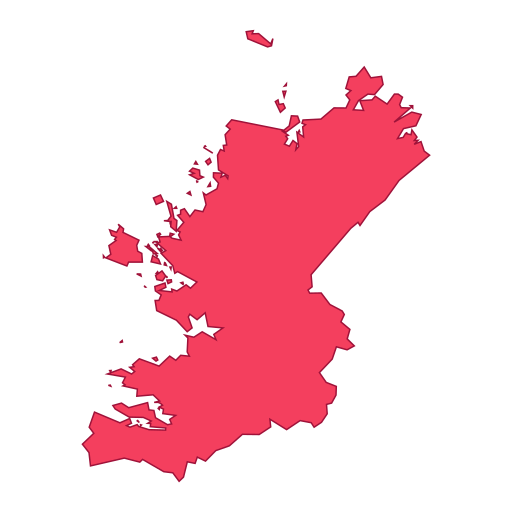 Glenties Lea-6, Donegal, Ireland (orthographic projection)
{"feature_id": "5873133B25090004397750", "entity_name": "Glenties Lea-6", "entity_type": "district", "adm_level": 2, "iso_a3": "IRL", "parent_name": "Ireland", "parent_adm1": "Donegal", "projection": "orthographic", "projection_center": [-8.325, 54.982], "detail": "fine", "context": "isolated", "style": "filled", "palette": "rose", "viewbox_px": 512, "rotation_deg": 0, "n_neighbors": 0, "source": "geoboundaries", "source_scale": "gbopen_adm2", "svg_char_len": 6114}
<svg xmlns="http://www.w3.org/2000/svg" viewBox="0 0 512 512"><path d="M421.0,141.6L414.2,144.3L418.1,140.3L414.3,140.5L417.0,137.1L411.9,129.9L411.0,134.7L405.5,133.5L403.2,137.4L397.5,138.6L403.5,128.6L415.9,125.8L421.2,114.5L411.8,112.1L394.1,122.1L410.4,108.0L401.2,107.7L399.6,104.6L402.5,97.2L398.2,94.1L394.4,94.1L387.1,104.1L375.3,96.2L372.0,99.9L359.8,100.7L363.6,110.4L353.3,109.8L358.5,100.6L367.9,94.1L374.5,94.6L383.1,84.5L381.5,76.4L370.8,77.8L364.2,67.0L356.0,76.3L349.2,76.9L345.8,88.5L350.9,90.6L346.0,95.0L349.8,99.9L346.0,108.0L334.0,107.9L320.9,119.1L303.0,120.0L302.0,123.3L305.5,124.7L302.7,126.8L303.6,137.0L296.9,132.2L298.7,146.6L295.8,149.8L297.0,143.6L293.0,140.5L289.4,146.2L284.4,144.1L287.7,138.7L285.8,136.2L288.3,135.3L281.5,130.6L286.1,132.1L299.7,122.0L297.6,116.1L291.4,115.8L289.2,125.9L283.9,130.2L231.7,119.8L226.2,126.0L230.2,129.1L225.1,134.7L226.7,145.0L223.3,145.4L224.2,151.0L220.5,149.5L217.5,155.2L218.5,169.9L228.1,175.8L227.7,178.6L225.3,175.3L220.9,177.2L222.2,173.2L213.5,172.8L213.4,177.2L218.5,183.1L217.0,188.8L206.0,195.0L203.3,192.9L206.1,204.6L202.9,211.7L195.0,210.0L189.9,216.6L184.4,208.7L180.6,210.2L180.6,214.2L177.6,215.3L183.8,222.3L176.9,230.5L180.1,231.9L178.6,234.9L181.1,240.2L172.0,238.2L170.2,236.8L173.8,234.2L170.2,233.2L169.6,236.4L158.5,236.9L160.1,241.9L157.0,242.9L165.8,250.6L161.1,253.3L172.8,265.7L174.8,273.3L177.6,271.6L196.9,282.0L190.5,288.2L186.1,284.8L176.9,291.0L171.7,289.1L172.1,291.9L159.3,290.5L165.9,287.3L165.0,283.0L154.8,286.5L155.4,290.9L161.2,294.9L158.9,300.4L155.1,300.5L156.7,310.6L176.4,320.2L187.2,331.7L192.1,327.9L188.3,316.9L189.8,314.2L197.1,319.7L205.2,312.8L208.0,326.5L223.0,327.9L213.8,334.4L216.0,339.7L202.2,331.8L193.9,337.2L185.1,335.2L187.9,338.0L187.2,351.9L189.4,356.2L180.7,355.3L175.8,360.3L169.7,356.1L159.1,366.1L139.3,358.8L132.6,364.7L134.1,366.7L129.7,367.3L134.7,371.5L131.6,374.0L121.1,368.9L107.4,374.0L125.4,377.1L122.5,382.8L125.0,384.8L123.0,385.9L137.4,389.1L136.8,396.2L153.1,394.8L159.6,401.0L154.2,402.4L158.2,402.4L160.5,403.4L162.5,405.2L159.1,407.1L163.5,409.1L162.8,413.6L175.6,415.4L169.7,419.4L171.6,423.9L167.5,424.7L155.5,417.7L153.9,410.5L149.0,409.9L147.6,402.6L128.7,407.7L121.5,403.1L112.9,405.5L115.2,409.0L129.2,417.1L143.3,417.4L151.2,421.0L147.7,423.3L150.7,423.5L150.3,426.7L165.7,428.0L165.6,430.1L149.1,429.7L138.7,426.5L137.2,424.6L129.9,427.2L126.5,425.6L131.5,423.3L129.7,418.5L119.9,422.8L94.5,412.1L89.2,427.2L93.8,433.3L82.4,444.2L89.0,452.6L90.5,465.9L124.3,458.1L139.8,462.1L142.6,459.4L163.8,471.7L172.8,472.8L179.1,481.3L183.5,477.1L187.3,461.8L195.1,463.4L197.3,457.1L205.5,461.1L215.8,450.6L229.4,445.8L242.4,434.3L259.2,434.5L270.7,426.9L269.9,419.2L286.6,429.6L300.1,420.6L311.2,422.7L314.1,427.2L321.5,422.3L327.2,413.8L326.5,404.4L331.6,403.1L336.0,395.1L336.3,386.4L326.2,382.4L319.4,372.6L332.2,359.1L336.4,346.8L347.1,349.8L354.3,345.9L347.2,338.9L349.9,329.4L340.9,321.9L344.3,314.5L342.2,311.0L329.9,304.5L321.2,293.0L309.7,293.2L308.0,290.0L312.1,286.8L311.1,274.7L350.8,228.3L358.0,222.3L360.0,225.5L369.8,211.6L385.1,200.0L399.1,180.4L429.6,155.2L424.2,151.1L421.0,141.6ZM105.9,257.9L126.9,266.0L128.6,262.1L142.4,262.1L141.8,253.4L137.7,251.2L136.7,245.3L139.0,240.2L123.0,232.4L123.6,228.8L118.2,224.2L119.8,226.8L116.6,232.3L109.6,229.9L111.6,235.3L116.4,237.2L114.6,239.4L116.1,240.5L108.9,245.6L110.8,254.3L105.9,257.9ZM247.8,38.8L267.6,46.9L271.5,45.8L272.9,38.6L270.7,43.9L258.6,33.6L252.1,33.8L253.3,30.7L246.2,31.7L247.8,38.8ZM166.8,201.4L171.0,216.2L167.7,220.5L163.9,220.7L171.1,221.6L170.7,226.7L176.2,231.3L176.9,220.5L174.0,218.4L171.4,204.2L166.8,201.4ZM199.5,170.1L192.8,168.1L189.5,171.2L194.1,173.3L189.6,174.8L198.3,179.5L203.3,177.1L199.9,175.7L199.5,170.1ZM156.9,279.6L162.6,280.8L165.7,276.0L162.0,270.9L155.6,275.5L156.9,279.6ZM156.2,204.5L163.5,201.4L160.5,195.0L153.4,198.0L156.2,204.5ZM152.7,255.6L151.1,261.8L160.5,264.0L158.5,259.1L152.7,255.6ZM285.2,108.0L283.3,103.7L279.0,104.5L278.0,99.9L275.3,101.6L280.4,112.3L285.2,108.0ZM211.1,162.2L209.6,158.4L205.6,161.4L208.0,164.8L211.1,162.2ZM157.3,253.5L151.8,248.8L153.4,253.9L157.3,253.5ZM210.5,151.6L203.3,147.3L212.8,153.2L210.5,151.6ZM284.2,96.9L285.9,91.2L282.8,91.3L284.2,96.9ZM157.8,360.0L156.4,357.1L152.6,358.2L156.0,361.1L157.8,360.0ZM168.0,283.6L171.6,281.9L171.3,279.8L166.9,280.1L168.0,283.6ZM210.1,182.9L207.9,186.6L210.6,186.3L210.1,182.9ZM145.8,246.5L151.9,251.3L149.4,246.5L145.8,246.5ZM140.6,274.0L136.7,273.9L141.1,276.1L140.6,274.0ZM189.9,191.5L187.3,193.3L190.9,195.0L189.9,191.5ZM156.9,234.4L157.8,236.8L160.6,234.3L159.7,233.1L156.9,234.4ZM157.2,241.5L153.3,241.6L157.5,242.2L157.2,241.5ZM162.3,250.5L157.5,248.1L160.8,251.8L162.3,250.5ZM286.4,83.8L284.5,86.1L286.3,85.7L286.4,83.8ZM410.3,105.7L412.7,108.1L412.7,105.7L410.3,105.7ZM195.8,161.5L194.4,163.9L197.4,164.2L195.8,161.5ZM122.2,340.5L119.7,342.6L122.5,342.0L122.2,340.5ZM180.9,282.8L183.0,284.4L183.4,283.9L182.9,282.2L180.9,282.8ZM156.9,246.8L157.5,244.3L154.9,244.5L156.9,246.8ZM104.7,257.2L103.4,255.6L103.5,257.8L104.7,257.2ZM166.5,265.5L165.3,262.9L164.6,262.6L164.2,264.9L166.5,265.5ZM176.1,206.7L174.3,208.3L176.7,208.3L176.1,206.7ZM299.2,130.4L298.2,132.1L299.8,131.9L299.2,130.4ZM110.3,385.1L108.4,385.3L110.8,386.2L110.3,385.1ZM155.4,254.5L157.1,256.5L157.4,255.8L155.4,254.5ZM139.3,422.5L137.7,420.5L137.2,420.9L139.3,422.5ZM149.8,246.3L148.3,244.3L147.8,245.1L149.8,246.3ZM109.7,370.6L110.6,372.2L111.1,370.5L109.7,370.6ZM196.4,180.5L197.0,182.2L197.7,181.8L196.4,180.5ZM169.9,267.1L170.9,269.2L171.2,267.0L169.9,267.1ZM166.0,276.2L167.2,277.9L166.9,276.6L166.0,276.2ZM158.3,273.1L157.6,271.7L156.3,273.3L158.3,273.1ZM140.5,424.7L140.5,425.8L141.4,425.0L140.5,424.7ZM407.0,133.4L406.5,132.1L406.6,132.9L407.0,133.4ZM159.3,409.4L159.3,407.9L158.3,408.6L159.3,409.4ZM144.1,285.7L145.2,287.2L145.7,287.1L144.1,285.7ZM170.0,222.9L170.3,223.9L170.7,222.3L170.0,222.9ZM160.8,248.4L160.3,249.3L161.5,249.3L160.8,248.4ZM205.2,145.8L204.0,146.6L205.6,146.3L205.2,145.8ZM153.2,242.5L152.3,242.4L153.6,243.2L153.2,242.5Z" fill="#f43f5e" stroke="#9f1239" stroke-width="1.5"/></svg>